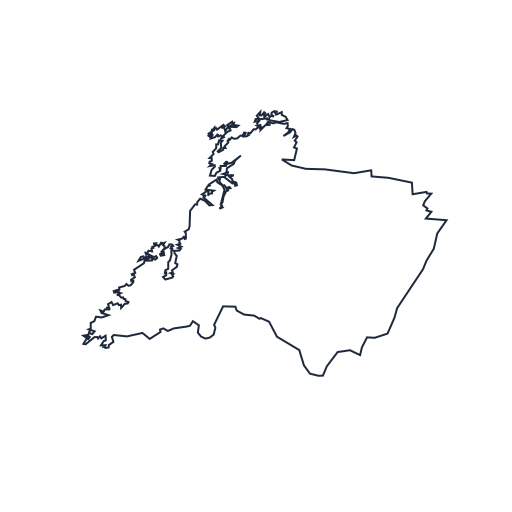 Grimstad nor, Aust-Agder, Norway (Equal Earth projection), rotated 161°
{"feature_id": "86288312B29149661311008", "entity_name": "Grimstad nor", "entity_type": "district", "adm_level": 2, "iso_a3": "NOR", "parent_name": "Norway", "parent_adm1": "Aust-Agder", "projection": "equal_earth", "projection_center": [8.556, 58.369], "detail": "fine", "context": "isolated", "style": "outline", "palette": "slate", "viewbox_px": 512, "rotation_deg": 161, "n_neighbors": 0, "source": "geoboundaries", "source_scale": "gbopen_adm2", "svg_char_len": 6153}
<svg xmlns="http://www.w3.org/2000/svg" viewBox="0 0 512 512"><g transform="rotate(161 256 256)"><path d="M182.3,344.3L184.7,346.3L180.6,350.3L181.8,352.4L177.8,355.5L178.6,356.8L181.4,356.3L178.6,359.4L178.7,362.9L180.2,363.7L179.7,364.7L183.3,361.9L191.0,360.5L185.2,362.4L182.5,365.1L185.5,366.9L183.5,368.7L182.9,371.4L186.5,371.8L193.4,375.8L196.5,375.8L201.1,378.9L202.8,377.5L199.6,375.3L204.4,376.7L210.5,373.7L209.4,375.6L211.8,375.3L209.8,376.1L209.2,378.4L212.5,378.9L211.2,377.5L215.1,375.8L216.9,376.6L221.3,373.9L223.1,374.9L224.2,373.5L223.5,372.7L225.8,372.2L228.5,372.9L225.7,375.8L226.9,376.6L229.8,374.0L231.5,374.9L235.6,373.3L238.6,374.0L240.4,376.0L243.1,374.3L243.5,375.4L245.5,374.0L245.3,372.3L250.1,369.9L249.7,368.1L251.6,368.7L252.5,367.1L257.6,366.3L258.1,367.4L253.7,369.4L252.4,374.5L250.2,375.9L253.3,377.3L255.5,373.9L257.3,374.5L258.6,370.8L263.0,368.5L262.9,366.3L268.0,363.7L266.0,362.9L266.9,360.3L269.1,360.3L270.0,358.9L267.7,357.2L270.4,356.1L265.5,355.3L265.9,353.8L269.9,351.9L273.4,347.0L268.9,345.1L266.3,347.6L262.1,348.2L261.9,350.8L261.0,350.2L260.1,352.6L255.2,350.9L254.4,351.9L255.9,353.6L253.5,354.8L252.6,354.2L253.5,352.5L248.6,352.1L237.6,355.9L244.6,353.1L247.2,350.3L254.8,348.5L256.9,344.6L254.3,344.3L260.3,344.3L258.7,343.4L258.7,341.8L256.0,342.3L255.6,340.2L253.8,340.8L250.7,339.5L255.3,339.5L253.5,336.4L253.9,334.4L250.8,331.9L251.0,329.1L252.8,329.1L252.4,331.6L254.6,332.2L260.5,341.2L266.2,342.6L266.2,340.6L264.9,340.9L266.4,338.1L264.4,333.3L263.0,333.3L261.7,329.9L258.6,329.9L258.1,328.5L261.7,328.8L261.2,327.1L263.4,326.8L267.4,322.7L270.2,317.7L272.3,316.1L271.7,314.3L272.3,313.7L271.8,312.8L275.1,312.6L271.9,314.6L272.6,316.1L264.1,329.0L265.0,333.8L268.6,338.3L268.4,341.1L277.3,338.9L276.8,337.7L279.1,337.7L282.1,335.2L274.6,331.5L276.8,331.0L277.2,329.5L279.9,330.1L281.6,328.7L279.9,332.6L281.7,333.3L287.0,331.8L285.4,330.4L286.1,329.2L283.4,329.8L286.5,328.4L280.6,318.3L283.7,319.1L286.2,324.7L290.1,328.4L294.0,326.1L294.9,323.8L296.7,324.7L303.6,320.1L309.1,305.8L310.9,303.2L315.5,302.2L314.9,300.7L316.6,295.3L317.7,295.3L317.2,297.1L318.1,297.7L319.8,296.5L324.6,296.9L323.2,295.6L324.5,292.8L322.8,292.0L326.8,292.3L323.6,289.1L327.0,288.9L324.9,287.2L326.8,286.1L331.7,287.5L332.1,284.9L330.9,281.9L334.7,275.6L333.0,273.7L334.4,271.5L340.1,269.8L340.1,267.6L342.3,267.6L340.1,265.9L341.4,265.6L340.9,263.6L342.3,263.1L341.4,262.8L349.4,263.3L350.7,266.4L347.2,267.0L346.3,269.5L347.7,269.5L346.3,272.1L343.2,272.4L340.9,278.9L338.9,279.7L335.4,284.8L334.5,288.2L333.2,288.5L334.1,290.7L332.8,290.4L333.2,292.4L331.0,292.4L331.5,294.1L334.1,295.2L336.3,293.2L341.7,292.1L342.5,286.7L346.0,287.3L346.1,289.0L343.6,289.0L344.1,290.7L339.9,293.1L339.2,294.8L340.4,296.6L338.2,298.3L340.8,298.3L340.5,298.9L341.3,299.5L344.8,296.6L345.3,298.3L347.9,298.8L346.2,300.5L349.3,301.4L348.0,300.8L348.8,298.5L347.9,298.3L351.0,298.3L350.6,297.1L352.4,297.1L352.8,294.2L355.9,296.0L357.7,294.3L359.4,295.1L359.4,292.9L357.7,293.2L355.0,290.4L362.5,290.9L362.5,292.3L365.2,292.6L368.7,289.7L362.5,290.0L361.6,288.6L360.3,289.2L360.3,287.8L356.3,289.6L354.5,288.7L356.3,287.8L350.5,288.4L350.0,286.4L352.3,285.4L354.9,287.0L355.8,285.6L362.9,287.8L364.4,285.6L375.8,282.7L375.7,279.3L379.3,279.3L379.3,278.2L377.5,278.2L377.5,275.3L381.9,274.2L382.1,272.8L380.1,272.5L380.6,271.1L384.1,269.1L386.3,269.4L387.7,271.7L389.9,270.4L395.7,270.8L396.1,268.8L399.2,269.1L398.7,268.0L401.9,269.1L402.1,267.7L401.0,267.2L396.5,267.7L398.9,266.7L396.1,264.9L400.3,264.3L398.3,263.7L396.9,260.4L395.1,260.1L395.1,258.4L393.5,257.8L394.0,256.1L391.6,253.9L392.8,252.9L395.6,253.5L400.4,250.8L399.5,253.9L401.7,254.2L402.2,256.3L407.1,256.1L407.6,259.5L411.6,258.6L411.7,255.1L414.6,255.8L411.2,253.0L416.4,254.7L418.2,253.0L420.9,255.2L420.6,252.4L414.8,248.1L421.8,248.1L427.0,250.7L430.1,247.0L434.1,246.5L435.9,241.1L437.9,241.1L433.1,237.3L436.3,235.4L438.3,237.1L437.6,239.5L441.6,234.3L442.9,235.5L441.6,236.3L445.2,236.9L442.5,233.1L438.8,234.0L441.7,232.0L443.0,233.0L447.8,229.1L445.9,228.0L435.0,231.9L432.4,231.0L432.2,229.4L429.6,230.9L429.1,228.5L424.2,229.6L425.5,225.1L427.7,225.1L431.7,222.0L428.5,221.0L429.4,220.1L427.9,220.2L429.0,219.3L428.3,218.1L425.2,217.5L423.9,219.8L418.8,221.2L418.6,226.5L416.2,227.6L404.2,222.0L388.4,220.2L383.5,212.2L371.0,215.3L370.7,217.7L367.1,217.7L363.8,213.8L357.3,214.3L344.3,211.8L341.0,211.6L336.9,214.9L332.6,209.1L335.9,202.5L334.2,197.7L330.7,194.4L326.3,193.9L321.7,195.4L317.8,201.3L318.0,204.6L303.5,219.1L292.0,214.8L292.0,210.7L286.3,204.5L277.1,200.2L273.1,195.5L271.6,195.7L265.0,189.6L262.5,172.9L245.7,153.0L246.3,137.0L243.3,127.2L235.9,122.4L231.7,121.1L224.9,128.7L210.1,138.6L197.8,136.3L189.9,128.4L185.6,135.1L177.5,142.9L170.3,140.0L156.9,139.8L145.4,152.3L139.5,160.8L102.3,189.2L96.3,196.1L85.5,205.0L77.3,218.3L64.2,227.8L83.2,236.1L75.8,240.7L80.0,243.6L78.4,245.1L81.4,249.5L78.5,252.8L70.0,257.9L74.1,259.5L73.9,261.1L87.8,263.4L84.7,274.6L105.3,286.8L120.8,293.6L119.2,299.5L136.4,302.4L162.7,315.5L180.5,322.2L192.9,330.0L200.1,338.9L188.7,334.2L182.3,344.3ZM199.2,380.1L190.3,375.1L181.9,374.3L182.6,377.9L185.7,381.0L184.8,383.6L191.0,383.1L191.4,385.9L188.5,385.4L191.7,387.0L194.6,386.4L195.4,384.7L193.6,382.0L196.0,383.5L197.9,382.7L198.3,386.3L202.9,384.7L202.4,387.0L200.7,387.9L201.5,389.3L205.0,387.1L206.6,387.8L205.1,390.8L209.6,388.3L208.3,384.7L211.7,385.6L213.5,383.4L209.5,382.9L212.5,380.3L207.3,384.0L200.6,382.4L201.0,381.5L199.2,381.2L199.2,380.1ZM250.7,378.5L247.6,378.8L248.0,380.2L242.7,382.7L239.2,383.0L239.2,385.0L240.5,385.6L239.2,385.6L240.5,386.1L240.6,387.0L237.0,387.6L237.9,386.4L232.5,384.2L230.3,385.0L234.8,387.3L233.5,389.0L236.1,389.0L234.8,389.3L234.8,390.7L240.6,389.2L239.7,387.8L244.5,384.1L244.3,387.8L247.0,388.4L243.2,388.7L244.1,390.6L251.7,388.2L252.1,390.0L253.9,389.4L253.5,390.9L255.7,389.4L257.4,390.0L255.6,388.3L261.0,387.2L260.9,385.7L262.7,384.9L257.8,386.0L257.6,384.6L261.6,383.5L259.1,383.2L260.5,381.8L256.0,381.7L252.1,383.8L253.4,382.4L252.9,381.3L250.3,381.6L248.9,380.2L250.7,378.5Z" fill="none" stroke="#1e293b" stroke-width="2"/></g></svg>